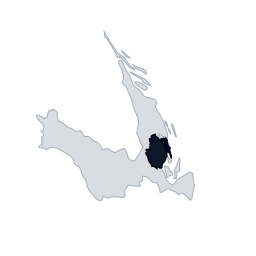 Croatia, with Licko-Senjska highlighted, rotated 205°
{"feature_id": "HRV-1584", "entity_name": "Licko-Senjska", "entity_type": "County", "adm_level": 1, "iso_a3": "HRV", "parent_name": "Croatia", "parent_adm1": "", "projection": "natural_earth1", "projection_center": [15.249, 44.713], "detail": "fine", "context": "in_parent", "style": "filled", "palette": "ink", "viewbox_px": 256, "rotation_deg": 205, "n_neighbors": 0, "source": "natural_earth", "source_scale": "10m", "svg_char_len": 6369}
<svg xmlns="http://www.w3.org/2000/svg" viewBox="0 0 256 256"><g transform="rotate(205 128 128)"><path d="M41.9,88.6L43.0,90.1L50.8,91.9L52.5,91.1L53.6,89.9L53.6,89.1L54.3,88.8L57.0,90.0L65.5,89.9L67.2,89.0L70.4,83.7L71.5,83.3L72.2,83.5L72.7,85.0L73.9,86.5L78.2,90.0L79.8,90.4L81.3,89.5L83.0,89.2L87.6,91.1L91.6,91.4L94.5,90.5L93.0,87.6L92.8,86.2L93.0,84.9L95.0,83.7L94.9,83.2L92.5,81.0L92.6,80.4L97.9,77.9L103.0,76.6L103.8,75.5L104.5,70.9L104.2,68.4L102.1,66.2L102.0,65.0L102.5,63.8L103.3,62.7L107.7,61.4L114.1,58.7L116.1,56.3L117.3,55.8L120.9,56.2L121.6,55.6L121.1,52.0L121.7,51.1L123.6,50.1L126.8,50.5L129.4,51.4L136.3,54.5L140.0,57.5L142.1,60.7L144.8,63.2L148.3,65.0L151.1,67.4L153.2,70.4L156.0,72.1L159.7,72.5L162.0,73.5L163.0,75.3L165.0,76.8L168.0,78.2L172.7,79.0L184.5,79.6L189.7,78.0L193.6,73.8L195.3,74.1L200.7,72.9L200.4,75.4L198.8,76.5L200.5,79.1L202.1,83.3L201.3,85.4L202.4,87.0L205.7,88.6L204.8,89.1L204.0,90.5L204.0,93.0L206.7,95.4L213.8,98.0L215.9,100.1L216.0,101.0L215.6,101.6L210.1,101.8L208.0,100.7L207.9,102.4L205.9,103.0L207.1,109.2L206.7,110.9L205.9,111.5L204.4,111.2L204.0,111.8L204.4,113.1L202.4,113.3L199.2,112.6L197.8,111.4L197.5,109.0L196.5,107.2L193.9,105.2L188.7,104.9L182.6,103.1L178.2,103.6L174.0,102.8L170.3,105.2L168.5,105.2L164.8,102.2L163.7,102.0L160.5,103.5L159.2,103.6L153.8,101.9L151.9,101.7L150.4,102.2L147.9,101.6L141.7,97.7L137.9,100.7L130.1,99.9L127.8,102.0L125.2,105.9L123.0,107.8L121.2,107.2L119.0,105.4L115.1,101.0L113.1,100.2L110.9,100.0L108.9,100.5L107.9,101.4L106.4,113.6L106.4,117.0L110.7,120.2L115.8,125.7L117.4,126.3L118.2,128.1L120.8,138.0L123.4,141.4L132.2,149.5L135.9,154.6L147.1,164.6L152.1,166.3L152.9,167.3L152.9,171.1L153.5,172.6L156.8,176.7L163.6,182.6L164.4,184.0L164.6,185.0L164.2,185.8L162.4,186.6L154.7,179.9L148.6,176.2L141.7,169.3L132.5,166.6L126.3,163.5L118.4,165.0L115.8,165.0L114.0,164.4L112.7,162.6L112.6,159.2L109.0,156.2L104.0,153.3L99.3,149.6L89.9,139.6L88.0,136.4L92.8,135.2L98.4,135.8L92.4,131.6L83.7,123.2L81.2,119.3L80.9,115.1L81.5,109.2L80.0,105.1L73.3,99.7L70.9,96.9L66.0,95.2L63.8,95.4L62.5,97.4L61.5,102.1L53.3,114.4L50.2,114.3L46.7,108.5L43.3,104.1L42.6,99.4L40.0,89.9L41.9,88.6ZM188.4,201.1L188.4,202.5L190.9,205.9L180.0,198.2L169.7,192.0L162.5,190.5L152.5,185.5L146.1,183.7L151.4,183.3L166.7,190.0L164.9,188.2L167.1,187.5L169.0,188.0L170.2,190.2L178.8,196.1L184.3,199.6L188.4,201.1ZM68.9,121.1L68.7,122.5L66.9,120.7L66.0,117.3L63.7,111.9L63.4,110.4L64.6,108.9L64.6,107.4L63.0,102.7L64.3,101.9L65.1,101.8L65.4,105.1L66.2,107.0L68.4,109.3L67.9,113.1L68.3,118.6L68.9,121.1ZM78.6,109.0L74.9,109.8L73.2,108.4L72.7,107.2L69.7,106.8L67.5,104.4L70.1,102.6L71.5,99.6L76.5,105.7L78.6,109.0ZM138.2,173.9L133.4,174.0L129.3,173.3L127.2,172.2L128.0,169.5L132.6,169.7L139.6,170.9L141.4,172.3L140.8,172.9L138.2,173.9ZM150.5,179.5L148.4,179.9L135.0,179.6L131.1,178.8L125.8,176.1L130.2,175.5L134.3,176.1L135.5,177.6L150.5,179.5ZM89.9,133.4L89.2,134.4L81.7,127.7L80.8,125.4L77.1,120.9L76.6,119.6L80.0,122.7L81.2,122.9L84.5,125.8L87.7,129.6L91.5,132.8L89.9,133.4ZM134.2,184.4L139.7,185.5L143.8,185.0L147.6,185.6L150.4,187.4L144.1,187.0L140.2,188.2L136.8,187.6L135.5,186.8L134.6,185.8L134.2,184.4ZM90.0,149.1L90.3,150.0L88.4,149.7L81.0,141.4L80.2,139.8L82.9,141.7L90.0,149.1ZM76.9,114.0L80.0,119.0L77.2,117.5L74.7,116.9L74.1,115.8L75.0,113.9L76.9,114.0ZM163.2,193.1L167.3,195.7L155.2,192.3L157.8,191.9L163.2,193.1ZM95.5,147.2L97.4,150.0L95.5,149.4L93.6,147.6L92.4,145.7L95.5,147.2ZM91.2,143.8L91.7,145.1L87.9,142.6L86.3,140.2L91.2,143.8Z" fill="#d9dde1" stroke="#a8b0b8" stroke-width="1"/><path d="M93.1,132.3L88.9,128.4L87.5,126.6L86.7,125.8L85.9,125.4L85.7,125.2L84.8,124.5L84.5,124.5L84.3,124.2L81.3,119.9L80.8,118.7L81.2,118.2L81.1,117.6L80.9,117.0L80.8,116.2L80.8,114.1L80.8,113.4L81.5,111.0L81.8,110.4L82.0,109.7L81.7,108.9L80.8,106.8L80.9,106.6L80.9,106.1L80.9,105.9L81.0,105.8L82.1,105.2L82.3,105.2L82.5,105.2L82.7,105.4L82.9,105.4L83.3,105.4L84.2,105.5L84.7,105.4L84.9,105.4L85.0,105.2L85.1,104.9L85.1,104.7L84.6,103.5L88.1,104.2L89.1,104.1L89.8,103.5L90.0,103.3L90.3,103.6L90.5,103.9L90.7,104.1L90.9,104.3L91.1,104.4L91.3,104.7L91.4,104.8L91.6,104.9L95.6,107.2L95.7,107.3L95.8,107.4L96.4,108.6L96.5,108.8L96.9,109.2L97.5,109.6L97.7,109.9L97.9,110.6L98.1,110.8L98.2,111.0L98.3,111.1L98.5,111.2L99.1,111.1L99.4,111.2L99.6,111.3L99.8,111.4L99.8,111.5L100.1,111.9L101.3,112.8L101.1,113.5L100.7,113.9L100.1,114.3L100.1,114.5L100.7,115.0L101.2,115.2L101.5,115.4L101.7,115.5L102.2,115.6L102.3,115.7L102.3,115.9L102.3,116.2L102.2,116.3L101.3,116.8L101.0,117.1L100.6,117.2L100.5,117.3L100.3,117.5L100.1,117.5L99.8,117.6L98.8,117.6L98.6,117.6L98.5,117.8L98.5,118.1L98.6,118.4L98.9,118.7L99.1,118.9L99.6,119.2L99.8,119.4L100.0,119.6L100.1,120.0L100.3,120.6L100.3,121.3L100.4,121.5L100.8,122.0L101.0,122.2L101.1,123.0L101.2,123.3L101.1,123.5L101.1,123.8L101.2,124.0L103.0,125.6L103.4,126.1L103.9,127.3L102.4,128.4L102.1,128.6L102.0,128.8L102.1,129.0L102.4,129.2L102.5,129.3L102.8,129.4L102.9,129.5L102.9,129.8L103.0,129.9L103.1,130.0L103.3,130.1L103.4,130.3L103.4,130.5L103.2,130.9L103.0,131.3L102.8,131.7L102.3,132.3L102.0,132.6L101.6,132.7L101.3,132.8L101.1,132.9L100.9,133.0L100.7,133.6L99.7,132.5L99.4,132.2L99.1,132.1L96.8,131.9L96.6,131.9L96.3,131.7L95.9,131.2L95.2,130.7L94.8,130.5L94.6,130.4L94.4,130.4L94.1,130.5L93.9,130.8L93.1,132.3L93.1,132.3ZM80.6,124.9L80.3,124.6L77.1,121.1L76.6,120.3L76.3,119.4L76.5,119.5L77.7,120.7L79.7,123.3L80.8,124.1L80.7,123.0L81.4,123.0L82.4,123.6L83.3,124.4L84.0,125.4L84.4,125.8L85.5,126.1L85.8,126.5L86.1,127.1L86.6,127.8L86.0,127.7L85.1,127.0L84.5,127.0L84.6,126.6L84.7,126.4L83.5,125.8L82.9,125.6L82.6,125.3L82.2,125.2L81.6,125.2L81.6,125.4L83.3,126.2L85.7,129.4L87.2,130.4L86.7,130.0L86.2,129.5L85.8,128.8L85.5,128.0L86.8,128.6L89.6,131.3L90.3,131.7L90.7,132.1L91.5,132.8L91.9,133.2L91.4,133.4L90.6,133.0L89.9,132.5L89.2,132.2L89.2,132.4L89.8,132.5L90.3,132.9L90.8,133.3L91.1,133.7L90.5,133.7L90.5,134.0L90.9,134.3L90.3,134.1L88.9,133.6L88.2,133.5L89.5,134.5L89.5,134.8L88.8,134.6L88.2,134.3L87.6,133.8L87.2,133.2L87.6,133.0L87.6,132.7L87.4,132.6L87.2,132.4L87.0,131.9L87.3,131.9L87.5,131.9L87.7,131.7L87.8,131.4L87.0,131.0L86.8,130.9L86.5,130.9L86.0,131.2L85.8,131.1L85.4,130.8L84.9,129.8L83.1,128.4L82.8,128.4L81.2,127.5L81.2,127.3L81.4,127.2L81.7,127.0L81.9,127.0L81.5,126.4L80.6,125.2L80.6,124.9Z" fill="#0f172a" stroke="#020617" stroke-width="1.5"/></g></svg>